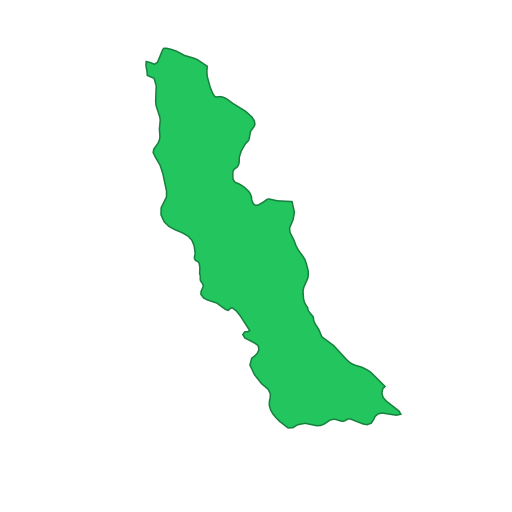 map outline of Mahakali (Equal Earth projection), rotated 314°
{"feature_id": "NPL-1128", "entity_name": "Mahakali", "entity_type": "Administrative Zone", "adm_level": 1, "iso_a3": "NPL", "parent_name": "Nepal", "parent_adm1": "", "projection": "equal_earth", "projection_center": [80.565, 29.386], "detail": "fine", "context": "isolated", "style": "filled", "palette": "green", "viewbox_px": 512, "rotation_deg": 314, "n_neighbors": 0, "source": "natural_earth", "source_scale": "10m", "svg_char_len": 2749}
<svg xmlns="http://www.w3.org/2000/svg" viewBox="0 0 512 512"><g transform="rotate(314 256 256)"><path d="M341.4,45.4L343.4,47.5L345.9,51.8L348.2,56.8L350.6,65.2L355.1,73.8L356.6,77.7L358.6,89.1L354.4,92.7L351.4,96.0L345.7,105.6L343.1,111.4L342.2,114.8L342.4,116.5L343.3,117.4L344.8,118.6L346.3,120.2L347.5,122.3L348.4,124.7L348.9,127.3L349.7,133.6L352.9,148.1L353.1,156.8L352.0,161.1L349.8,163.9L347.2,164.8L343.0,165.3L341.6,165.7L335.5,169.7L333.7,170.4L332.2,170.5L330.4,170.4L328.4,170.6L321.1,172.5L315.4,175.4L311.5,179.0L308.9,180.3L306.5,180.7L303.2,180.0L300.7,180.7L295.8,185.4L295.1,186.8L294.5,189.2L294.9,190.8L295.9,193.1L296.7,196.1L297.4,200.2L297.4,206.1L296.6,209.2L295.3,211.8L293.3,214.0L291.7,217.9L292.1,220.4L294.2,222.2L299.8,223.8L304.0,224.5L305.1,224.9L305.9,225.6L306.3,226.1L310.5,233.0L320.2,244.1L314.1,253.3L307.8,257.5L299.5,260.7L296.6,264.0L293.8,272.2L291.2,277.6L289.9,281.5L289.1,285.1L288.7,288.4L287.5,293.5L285.3,297.8L281.6,303.8L279.0,306.5L276.2,308.6L266.9,312.0L263.4,314.2L258.1,320.1L256.1,323.5L255.1,326.9L254.8,328.9L253.4,330.8L252.8,332.5L252.0,339.3L249.2,343.1L248.0,346.8L246.8,352.1L243.6,359.5L245.5,374.0L244.4,393.4L244.5,396.8L245.0,399.5L245.5,401.1L246.4,403.4L249.2,408.7L250.3,411.7L251.7,416.8L252.1,419.9L251.8,438.9L251.8,439.5L248.5,439.4L244.6,442.0L242.6,445.6L242.1,450.0L243.8,466.6L242.8,470.1L239.0,467.6L230.7,455.9L227.1,453.4L223.2,453.2L219.5,454.4L215.7,455.0L211.8,453.1L209.6,449.8L204.2,436.9L202.7,435.4L199.2,434.4L197.6,433.5L196.1,431.5L194.1,427.4L193.0,425.7L189.7,423.3L182.8,421.9L179.1,420.3L176.2,417.7L169.7,407.5L163.4,403.1L161.7,402.7L158.1,401.8L154.6,398.5L153.4,387.9L153.6,382.7L154.1,377.9L155.4,373.5L157.8,369.3L160.9,366.5L164.1,364.5L166.9,361.9L168.6,357.4L168.0,348.8L169.6,337.2L173.4,327.3L179.5,323.9L182.8,324.5L186.9,324.5L190.6,323.2L193.0,319.8L192.5,315.8L189.3,304.9L190.3,301.1L193.6,300.6L196.1,302.8L198.0,303.3L202.0,286.3L202.8,280.2L202.3,275.3L200.8,273.9L199.0,274.0L197.4,273.7L196.3,271.0L194.9,260.5L190.8,252.0L189.4,247.6L190.1,243.0L192.2,241.2L197.9,239.0L199.0,236.6L199.6,233.3L200.9,231.6L202.7,230.1L204.4,227.4L204.5,227.4L208.4,223.9L210.1,221.9L211.5,219.6L211.6,218.3L211.1,216.8L210.8,215.2L211.5,213.4L212.5,212.4L215.0,210.9L216.1,209.9L220.5,204.2L222.8,198.8L223.1,193.1L221.3,186.3L218.6,179.4L216.8,172.9L216.8,166.3L219.6,159.1L224.7,154.3L236.3,150.6L240.5,146.6L250.4,132.0L254.7,123.9L257.3,114.6L259.0,110.1L261.9,108.2L268.9,107.2L272.6,105.8L275.1,104.0L280.1,98.4L287.0,92.9L289.0,90.5L294.8,79.6L297.5,76.4L309.1,66.0L313.0,59.3L310.4,52.4L313.1,49.3L316.5,44.6L319.6,41.9L321.5,45.1L323.4,49.7L326.8,50.6L339.8,45.5L341.4,45.4Z" fill="#22c55e" stroke="#15803d" stroke-width="1.5"/></g></svg>